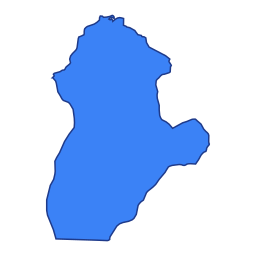 SVG path tracing the border of Córdoba
{"feature_id": "COL-1316", "entity_name": "Córdoba", "entity_type": "Department", "adm_level": 1, "iso_a3": "COL", "parent_name": "Colombia", "parent_adm1": "", "projection": "robinson", "projection_center": [-75.681, 8.405], "detail": "fine", "context": "isolated", "style": "filled", "palette": "blue", "viewbox_px": 256, "rotation_deg": 0, "n_neighbors": 0, "source": "natural_earth", "source_scale": "10m", "svg_char_len": 2400}
<svg xmlns="http://www.w3.org/2000/svg" viewBox="0 0 256 256"><path d="M52.5,77.7L54.1,76.1L54.1,75.5L53.4,74.2L54.3,73.3L60.0,71.7L62.3,70.2L64.1,70.0L64.9,69.3L65.4,68.2L66.2,66.9L69.7,64.0L70.5,62.8L69.7,59.1L70.6,56.0L72.5,53.5L75.7,50.3L76.6,49.0L77.1,47.4L78.3,38.4L78.9,36.9L79.4,36.8L82.1,35.7L82.5,35.4L83.8,34.9L84.2,33.7L84.2,31.7L84.4,29.9L84.7,28.8L85.8,27.6L86.7,26.9L87.5,26.4L91.3,25.1L94.4,24.0L97.1,22.2L99.4,20.1L99.6,17.5L100.3,16.0L102.4,16.2L103.5,17.3L106.6,17.1L109.9,16.4L112.2,15.4L112.9,15.6L113.6,16.2L114.1,17.1L114.1,18.4L112.8,17.7L111.4,17.5L110.1,17.9L108.9,19.1L109.7,19.6L110.2,19.8L110.8,19.6L111.6,19.1L112.1,19.7L112.5,20.0L112.7,20.4L112.8,21.3L115.7,19.0L117.6,18.0L119.7,17.6L121.9,18.0L123.6,18.5L123.6,18.8L123.5,25.3L126.1,26.3L126.8,27.0L129.8,27.7L134.8,30.5L136.2,32.5L137.9,34.7L141.4,35.5L141.8,36.5L142.2,36.7L142.9,36.7L144.2,36.9L145.8,37.9L146.5,42.6L149.1,47.1L165.7,55.8L169.8,59.1L168.9,61.1L169.2,62.0L171.0,64.8L171.3,65.4L170.9,66.2L170.5,66.7L170.2,71.9L169.1,72.7L164.4,74.2L162.9,74.4L161.8,74.8L160.5,75.9L158.6,78.1L157.6,78.9L156.8,79.7L156.2,80.8L155.8,84.9L157.7,91.6L157.1,94.5L157.1,96.1L157.3,98.4L159.2,105.3L159.2,109.9L159.7,115.4L160.4,117.3L161.1,118.7L162.0,119.8L166.0,121.8L169.1,124.2L172.6,128.3L182.7,122.8L186.8,121.5L192.1,119.3L194.2,119.1L195.5,119.2L197.4,121.0L201.0,124.1L203.7,129.1L205.8,131.4L207.1,132.5L208.3,133.9L208.8,135.5L208.7,141.6L209.0,143.5L209.3,144.0L209.1,144.8L207.7,146.5L207.1,147.4L206.6,148.4L206.5,149.7L205.9,151.4L204.2,152.0L202.6,153.3L201.0,155.2L198.6,159.6L195.6,164.0L190.4,163.7L188.5,163.8L187.0,164.1L185.6,165.0L184.3,165.4L183.1,165.3L181.4,164.7L179.2,164.5L172.1,165.4L169.7,166.2L168.4,166.9L166.3,170.2L165.1,172.3L159.2,179.3L155.7,184.4L153.0,187.0L148.1,190.9L146.5,192.6L143.4,200.1L141.0,201.8L139.3,203.6L138.1,205.4L136.3,214.4L133.9,218.4L132.2,219.8L128.6,221.3L123.0,222.5L119.6,223.8L116.8,226.1L110.1,236.7L109.7,238.4L109.7,239.5L108.5,240.3L107.4,240.6L98.1,240.2L91.8,240.0L56.0,238.9L53.4,229.7L47.5,215.1L46.7,210.3L46.7,199.9L50.3,185.4L53.7,179.3L54.9,174.1L55.2,171.2L54.9,161.2L56.7,157.5L59.6,152.7L64.6,141.4L69.2,134.1L74.2,127.5L74.5,122.8L74.3,118.2L73.1,109.3L71.6,106.7L70.0,104.0L68.5,102.4L63.3,100.4L61.9,98.8L60.2,95.6L57.9,91.9L56.3,83.2L55.6,81.0L53.1,78.1L52.6,77.7L52.5,77.7Z" fill="#3b82f6" stroke="#1e3a8a" stroke-width="1.5"/></svg>